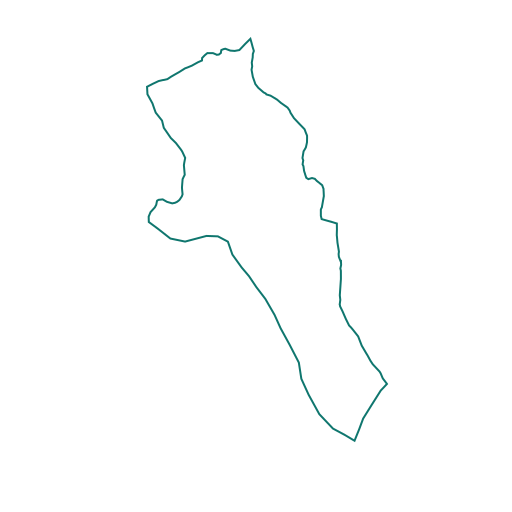 Mont Illi, Mayo-Kebbi Est, Chad, rotated 70°
{"feature_id": "50815135B57632005694692", "entity_name": "Mont Illi", "entity_type": "district", "adm_level": 2, "iso_a3": "TCD", "parent_name": "Chad", "parent_adm1": "Mayo-Kebbi Est", "projection": "orthographic", "projection_center": [15.079, 9.78], "detail": "fine", "context": "isolated", "style": "outline", "palette": "teal", "viewbox_px": 512, "rotation_deg": 70, "n_neighbors": 0, "source": "geoboundaries", "source_scale": "gbopen_adm2", "svg_char_len": 3169}
<svg xmlns="http://www.w3.org/2000/svg" viewBox="0 0 512 512"><g transform="rotate(70 256 256)"><path d="M421.0,176.7L420.6,176.8L414.8,178.6L414.4,178.7L413.3,178.8L408.9,179.0L406.9,179.4L397.7,183.3L393.5,184.3L387.5,185.2L385.1,185.7L376.4,187.3L366.5,187.5L362.8,188.7L358.0,190.3L355.5,191.2L354.9,191.5L353.1,192.3L345.8,193.1L341.0,193.4L337.7,193.6L333.9,194.0L332.1,194.2L330.5,193.9L330.0,193.9L329.2,193.4L328.4,193.0L326.1,191.8L321.6,190.7L306.7,184.1L304.5,183.3L298.9,181.3L296.6,181.0L293.9,179.3L293.5,179.1L293.3,179.0L289.8,177.9L289.8,178.3L286.0,178.4L285.1,178.4L282.4,177.7L280.5,176.7L280.3,176.6L278.8,176.3L271.4,174.9L265.8,173.4L264.1,173.0L260.3,171.5L259.1,171.0L253.1,168.9L252.3,170.0L250.4,172.5L243.8,181.7L242.1,181.5L240.4,181.3L234.6,179.2L234.2,178.9L232.6,177.3L231.8,176.9L223.5,172.1L223.0,171.8L222.7,171.7L218.9,170.5L217.2,170.0L216.1,169.6L214.3,169.6L212.1,169.6L211.8,169.8L206.8,172.8L206.6,173.0L206.3,173.1L205.3,173.6L203.6,174.3L203.2,174.9L202.8,175.4L202.7,175.6L201.9,176.7L201.7,179.9L201.7,180.5L199.7,182.0L196.0,181.9L195.2,181.8L193.8,181.8L192.6,181.7L192.4,181.7L187.8,180.7L185.9,180.9L183.3,179.5L182.3,178.9L181.3,178.9L179.8,178.8L177.1,177.3L173.9,175.5L172.5,173.7L171.0,172.0L168.7,170.5L166.6,169.2L163.0,167.8L161.9,167.4L160.5,166.9L160.0,166.9L159.4,166.9L157.0,167.0L153.6,167.0L152.6,167.4L146.8,170.0L139.4,173.2L138.0,173.5L133.2,174.6L131.7,174.6L130.9,174.6L127.3,175.6L120.7,180.2L116.1,182.8L115.7,183.2L115.5,183.3L110.3,187.5L107.7,191.0L106.9,191.2L106.5,191.4L105.4,192.4L104.9,192.9L98.8,196.3L94.3,197.8L86.5,197.7L79.6,196.5L79.3,196.4L79.0,196.2L77.8,195.5L76.8,194.9L76.4,194.7L72.8,193.8L69.5,191.9L68.3,191.2L65.9,190.2L65.1,189.9L64.6,189.5L62.6,187.9L61.0,187.8L58.8,187.7L54.4,187.3L51.5,187.1L50.0,187.0L53.0,193.6L56.8,201.2L56.0,205.9L55.1,207.9L54.2,209.9L50.7,214.0L50.5,215.8L50.6,218.1L51.2,218.5L53.2,219.6L54.0,222.0L53.5,224.1L53.1,224.4L51.5,226.1L50.7,227.0L49.9,229.2L49.4,230.4L48.7,232.3L49.8,235.4L51.5,238.9L53.8,239.9L54.1,244.3L55.0,250.0L55.2,251.1L55.3,253.5L55.4,255.8L55.4,258.5L56.9,265.4L57.7,270.2L58.5,274.7L59.0,276.7L59.5,278.8L59.1,282.0L58.8,283.5L58.3,287.6L58.4,288.8L58.6,290.8L58.9,294.1L59.7,300.5L66.6,302.6L66.9,302.7L68.1,302.5L77.2,301.1L82.1,301.2L87.0,301.2L96.6,298.0L97.7,298.1L104.0,298.8L104.8,298.6L110.9,297.0L116.0,295.7L119.3,294.1L122.5,292.6L129.8,290.3L131.7,289.8L132.8,289.6L139.6,289.0L143.8,291.5L146.0,292.7L147.5,293.1L155.3,295.2L157.0,297.0L158.7,298.7L165.1,301.6L166.5,302.2L168.6,302.8L172.9,303.9L174.6,305.3L177.1,308.7L177.7,310.3L178.2,312.1L178.2,312.7L178.3,314.0L178.1,315.3L177.9,316.7L176.0,319.3L174.6,321.2L170.9,324.3L170.5,325.9L169.9,328.3L170.2,330.0L171.2,330.7L173.7,332.2L175.7,334.4L178.7,340.1L182.3,343.4L187.4,345.1L197.1,338.7L210.3,330.5L218.2,317.7L220.2,295.7L224.5,285.1L232.9,277.5L246.6,277.7L261.9,273.4L272.5,269.5L285.4,266.3L299.5,261.9L317.7,258.7L332.3,257.6L351.2,254.7L370.8,252.2L386.9,255.4L404.4,254.0L426.3,250.6L444.5,242.7L454.6,233.7L463.3,226.6L454.2,218.4L445.4,210.9L435.6,198.4L425.1,184.8L421.0,176.7Z" fill="none" stroke="#0f766e" stroke-width="2"/></g></svg>